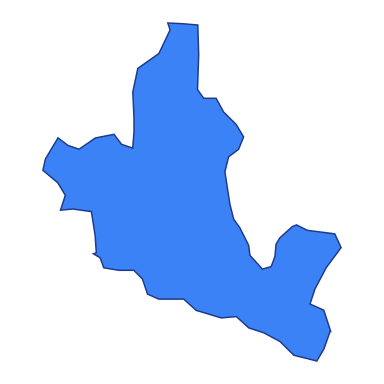 outline of Eslöv, Skåne, Sweden
{"feature_id": "70781695B18480802794079", "entity_name": "Eslöv", "entity_type": "district", "adm_level": 2, "iso_a3": "SWE", "parent_name": "Sweden", "parent_adm1": "Skåne", "projection": "albers", "projection_center": [13.408, 55.879], "detail": "fine", "context": "isolated", "style": "filled", "palette": "blue", "viewbox_px": 384, "rotation_deg": 0, "n_neighbors": 0, "source": "geoboundaries", "source_scale": "gbopen_adm2", "svg_char_len": 1006}
<svg xmlns="http://www.w3.org/2000/svg" viewBox="0 0 384 384"><path d="M93.5,253.8L100.1,257.8L103.8,267.8L118.8,270.3L133.8,270.3L142.5,279.1L147.5,294.1L158.7,299.1L183.7,299.1L196.2,310.4L221.2,317.9L236.3,316.6L248.8,327.9L263.8,332.8L280.1,341.6L293.9,355.3L316.8,361.0L323.9,349.0L330.1,331.4L330.7,331.4L323.8,310.2L310.0,304.0L315.0,288.9L326.2,267.7L341.1,247.6L334.8,233.9L307.3,230.3L296.5,224.9L292.3,226.6L279.9,237.8L276.1,244.1L274.9,256.6L271.2,266.6L262.4,269.1L249.9,255.3L248.7,245.4L239.9,227.9L233.7,219.2L229.9,204.2L224.9,171.8L228.6,156.8L238.6,149.3L243.6,136.9L236.1,124.4L223.6,112.0L216.1,98.3L203.7,98.3L197.5,89.6L198.7,54.8L197.8,25.0L182.6,23.7L167.8,23.0L170.1,29.9L158.9,53.5L137.8,68.4L132.8,92.0L134.0,118.2L134.0,131.9L132.7,148.1L121.5,144.3L114.0,134.3L95.3,138.0L79.1,149.2L67.9,145.4L58.0,137.9L45.4,159.0L42.9,170.3L57.8,182.8L65.3,195.3L60.5,210.2L72.7,209.0L91.4,211.6L95.1,235.3L96.3,252.8L93.5,253.8Z" fill="#3b82f6" stroke="#1e3a8a" stroke-width="1.5"/></svg>